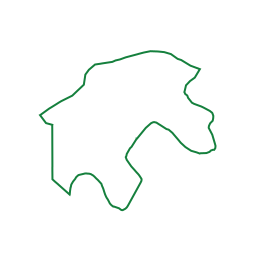 Wuli East, Upper River, Gambia, rotated 334°
{"feature_id": "56634734B89687119950058", "entity_name": "Wuli East", "entity_type": "district", "adm_level": 2, "iso_a3": "GMB", "parent_name": "Gambia", "parent_adm1": "Upper River", "projection": "albers", "projection_center": [-13.986, 13.484], "detail": "fine", "context": "isolated", "style": "outline", "palette": "green", "viewbox_px": 256, "rotation_deg": 334, "n_neighbors": 0, "source": "geoboundaries", "source_scale": "gbopen_adm2", "svg_char_len": 2322}
<svg xmlns="http://www.w3.org/2000/svg" viewBox="0 0 256 256"><g transform="rotate(334 128 128)"><path d="M46.5,162.2L47.4,160.7L48.5,158.9L49.2,157.9L50.3,156.3L50.7,156.0L52.2,154.0L55.2,152.0L58.4,150.5L59.6,149.6L60.7,149.2L62.8,148.6L64.3,148.9L67.8,149.7L68.3,149.8L69.3,150.0L70.5,150.5L71.4,151.1L71.6,151.2L73.3,152.2L74.5,153.3L74.9,154.0L75.7,155.1L76.5,156.9L77.3,159.4L78.1,161.4L79.6,166.5L79.3,168.6L79.2,171.1L79.1,172.1L78.6,175.3L78.3,177.6L78.2,179.8L78.2,180.3L78.2,181.1L78.5,183.3L78.6,185.8L78.6,187.8L79.0,189.3L79.4,190.4L80.3,192.2L80.8,192.3L83.3,194.8L84.7,196.2L85.9,198.5L86.3,199.0L87.3,199.5L90.3,199.4L92.2,198.8L94.0,197.7L115.4,182.6L116.9,181.4L117.8,179.9L117.7,178.5L117.3,175.4L116.8,173.3L116.6,172.8L115.8,170.0L115.6,169.1L114.1,163.9L112.9,156.1L113.2,153.2L114.3,152.4L115.5,150.8L120.9,147.1L122.9,146.5L131.0,141.5L131.1,141.3L131.4,141.5L144.0,135.7L150.8,133.8L152.7,133.8L153.6,134.0L154.0,134.1L155.9,135.6L157.4,138.1L158.3,139.5L159.2,141.0L162.1,145.8L163.8,147.3L165.8,151.9L166.3,154.0L167.9,160.1L168.9,164.3L169.2,165.1L170.0,167.1L171.2,170.2L172.5,172.4L174.8,176.2L179.0,180.0L181.3,182.4L181.9,182.4L187.5,184.9L190.9,185.2L192.5,184.6L194.8,184.8L195.9,185.4L197.6,184.4L198.8,182.5L199.2,180.5L200.8,171.0L200.6,163.3L200.8,162.9L201.7,161.6L203.9,159.8L207.3,158.6L208.9,156.5L210.0,154.5L210.3,152.0L210.3,151.2L209.0,148.5L204.8,142.7L203.3,140.8L200.5,137.9L198.2,135.5L198.0,135.3L196.5,133.2L196.3,132.1L196.2,131.7L195.2,127.1L195.5,125.3L195.4,124.9L195.2,124.0L194.4,122.8L194.4,120.4L194.9,119.9L198.6,115.4L198.8,115.1L204.3,113.0L210.1,112.0L218.4,106.6L211.5,99.4L205.6,90.2L203.0,87.7L202.9,87.6L199.0,80.4L194.4,76.2L193.7,75.6L191.9,74.5L191.6,74.3L188.7,72.5L188.0,72.1L181.8,68.8L175.3,67.1L169.8,66.0L169.1,65.9L156.9,63.5L151.2,62.9L150.6,62.8L146.3,61.8L145.7,61.8L145.2,61.8L142.9,61.7L133.0,58.6L132.3,58.4L131.9,58.3L126.2,56.5L118.4,58.5L113.1,61.3L107.3,69.7L107.1,69.8L106.7,69.9L100.3,71.9L92.1,74.5L80.5,74.6L80.4,74.6L79.9,74.6L77.4,74.8L73.8,75.2L69.0,75.7L65.6,76.0L54.8,77.9L54.6,77.9L56.4,87.3L56.5,87.7L61.4,92.0L60.9,92.7L59.3,96.1L51.9,111.4L44.8,126.1L43.0,129.8L42.5,130.7L42.1,131.6L41.6,132.6L37.6,141.0L38.9,144.3L40.6,148.2L40.6,148.3L46.4,162.3L46.5,162.2Z" fill="none" stroke="#15803d" stroke-width="2"/></g></svg>